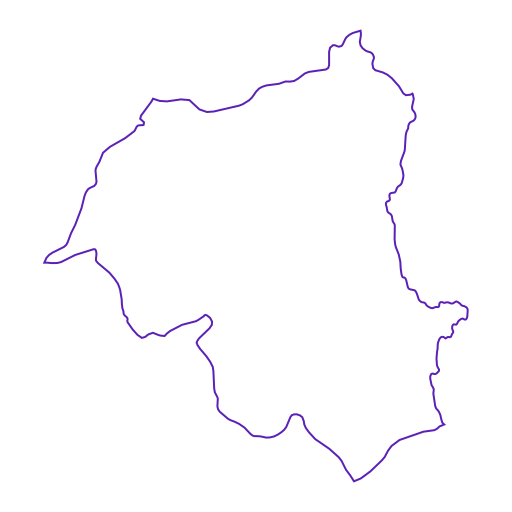 map outline of Ouham-Pendé (Mercator projection)
{"feature_id": "CAF-805", "entity_name": "Ouham-Pendé", "entity_type": "Prefecture", "adm_level": 1, "iso_a3": "CAF", "parent_name": "Central African Republic", "parent_adm1": "", "projection": "mercator", "projection_center": [16.39, 6.719], "detail": "fine", "context": "isolated", "style": "outline", "palette": "violet", "viewbox_px": 512, "rotation_deg": 0, "n_neighbors": 0, "source": "natural_earth", "source_scale": "10m", "svg_char_len": 5408}
<svg xmlns="http://www.w3.org/2000/svg" viewBox="0 0 512 512"><path d="M360.5,30.7L360.8,32.4L360.9,34.1L360.8,35.9L359.8,41.9L360.6,45.5L362.7,48.4L365.9,50.8L367.9,51.6L369.8,52.1L371.5,52.9L373.0,54.6L374.0,57.3L373.6,59.4L372.8,61.3L372.4,63.8L373.2,68.1L375.3,70.2L382.8,72.4L387.4,74.7L391.8,78.2L399.0,86.3L403.3,93.4L405.9,95.2L410.4,94.7L411.9,93.9L412.3,93.6L412.8,94.2L413.7,98.7L413.6,99.8L412.1,106.5L412.1,108.3L412.4,109.6L414.6,112.5L415.4,114.7L415.6,116.2L415.5,117.6L415.1,118.6L414.6,119.5L414.0,120.2L413.3,120.8L410.6,122.1L409.7,122.8L409.0,124.0L408.3,125.9L408.2,128.1L407.6,129.6L406.6,131.5L406.1,133.3L405.7,135.7L404.8,149.8L404.4,151.7L401.1,160.5L400.6,163.0L400.5,164.8L402.1,168.5L402.7,170.9L403.4,175.1L403.3,177.0L402.9,179.0L401.7,183.1L401.0,184.2L400.4,184.9L398.0,186.6L397.4,187.4L396.8,188.4L395.8,191.0L395.3,191.9L394.6,192.5L393.6,192.7L392.5,192.8L391.2,193.0L390.0,193.7L389.5,194.7L389.4,196.1L389.9,199.4L389.5,200.4L388.7,201.0L387.9,201.2L387.3,201.4L386.8,201.8L386.0,203.0L385.9,204.0L386.1,205.3L386.6,206.8L387.1,209.6L387.4,211.1L388.0,212.3L388.8,212.9L389.6,213.4L390.4,213.9L391.2,214.9L391.9,216.2L392.6,220.8L393.1,222.0L394.2,223.6L394.6,224.5L394.8,225.6L394.6,239.4L395.2,244.6L395.9,247.3L398.7,254.3L400.3,261.6L400.7,268.5L401.5,274.3L402.3,276.8L403.3,277.5L404.3,277.5L405.4,278.4L406.2,280.1L407.6,286.2L408.1,287.7L408.7,288.5L409.4,289.1L410.4,289.4L413.9,290.1L414.9,290.5L415.5,291.2L416.1,292.0L417.0,294.1L418.7,299.3L419.0,299.8L419.5,300.5L420.1,301.1L420.9,301.7L421.7,302.2L423.8,302.5L424.7,302.9L425.4,303.5L426.4,305.1L427.1,305.8L427.8,306.4L428.7,306.9L430.5,307.8L431.5,308.1L432.4,308.2L433.3,307.9L435.1,307.2L436.1,307.0L438.1,307.1L438.7,306.7L439.1,306.1L439.3,304.1L439.6,303.1L440.2,302.4L441.0,302.1L442.0,302.1L442.9,302.4L443.8,302.8L444.8,302.8L446.7,302.3L447.7,302.3L448.3,302.4L449.1,302.7L449.9,303.1L450.8,303.4L451.9,303.5L452.9,303.4L453.7,302.9L455.3,301.9L456.2,301.5L457.1,301.7L457.9,302.1L458.7,302.7L459.5,303.2L460.2,303.8L461.4,305.2L462.2,305.6L462.9,305.9L464.4,306.2L465.5,306.8L466.6,307.5L467.5,308.9L467.7,310.3L467.3,316.5L467.0,317.6L466.6,318.5L466.0,319.3L465.3,319.6L464.4,319.5L463.7,319.0L462.9,318.6L462.0,318.7L461.1,319.0L459.5,320.1L458.2,321.4L456.8,324.1L456.2,324.6L455.4,324.6L454.6,324.4L453.6,324.4L452.8,325.0L452.3,326.1L452.1,328.1L452.4,329.5L453.2,331.2L453.2,332.3L452.7,333.2L452.0,334.1L451.1,336.5L450.4,337.1L449.6,337.2L448.8,337.0L448.2,337.0L447.5,337.1L446.2,338.1L445.6,338.4L445.0,338.0L444.3,337.5L443.5,337.0L442.5,336.8L441.6,337.0L440.7,337.4L440.1,338.1L439.5,338.9L438.7,340.7L438.0,342.8L437.7,345.0L437.6,348.6L437.1,351.4L436.5,358.4L436.9,364.7L437.3,366.3L437.8,367.4L439.0,369.5L439.0,370.5L438.7,371.3L436.7,373.3L435.9,373.8L435.0,374.1L434.0,374.0L433.1,373.6L432.2,373.6L431.2,374.1L430.3,376.1L430.2,377.5L430.3,379.1L431.6,385.2L432.9,387.3L433.7,389.0L433.7,390.6L433.4,392.7L433.4,394.0L435.1,405.3L435.6,407.3L436.3,408.6L436.9,409.4L437.6,410.0L438.7,411.5L439.2,412.4L439.8,413.7L440.5,415.6L441.3,419.4L442.4,422.8L444.2,424.5L439.4,426.5L437.6,428.3L435.9,429.4L434.2,430.2L423.4,431.7L399.5,440.0L391.5,446.0L388.1,450.6L384.7,457.0L381.8,460.4L370.6,471.2L360.9,478.4L354.0,481.3L350.1,475.2L346.1,469.9L341.5,460.8L338.7,457.2L329.3,448.8L315.2,439.1L309.0,432.3L305.9,428.1L304.3,424.5L303.8,421.2L302.3,417.2L299.8,415.3L296.7,414.3L293.9,414.4L291.8,415.2L290.4,417.1L286.3,426.9L284.3,429.7L281.4,432.2L278.0,434.5L274.2,436.4L270.1,437.4L266.2,437.6L261.7,436.6L258.6,436.2L254.1,436.1L252.7,435.6L250.6,434.1L244.5,427.6L239.1,423.9L234.6,421.7L230.3,420.1L227.9,418.7L219.7,411.7L218.1,409.3L217.4,406.5L217.8,398.6L217.3,397.0L214.9,392.4L214.2,388.7L213.4,371.3L212.8,367.0L210.2,361.8L206.5,356.4L200.1,348.9L197.5,345.1L196.6,342.5L197.5,340.6L199.1,338.3L209.5,328.3L211.8,324.9L212.1,321.7L210.1,317.9L207.0,315.4L205.4,314.9L204.4,315.3L203.9,316.1L203.1,316.7L202.0,317.4L198.2,320.0L196.0,321.2L182.1,324.8L170.1,331.0L166.9,333.5L164.6,336.0L160.7,335.6L158.7,335.1L152.9,332.8L148.4,334.4L145.2,336.9L141.9,337.9L137.5,334.9L132.6,329.4L127.5,322.1L127.3,320.9L127.5,319.6L127.5,318.4L126.8,317.3L124.8,315.5L123.9,314.4L123.6,313.4L123.4,311.2L122.4,308.2L122.2,306.6L121.9,304.4L121.7,299.5L120.2,290.3L119.3,287.3L117.9,283.7L114.5,278.7L109.3,272.6L98.1,263.2L96.2,261.0L95.9,259.6L96.4,254.8L96.4,252.6L95.8,250.3L95.0,249.3L93.6,249.2L75.1,255.0L61.2,262.0L59.4,262.5L57.3,263.0L51.8,263.1L47.5,262.7L44.3,262.7L46.4,258.0L49.0,255.0L52.2,252.8L63.8,247.0L66.2,245.0L67.7,242.2L71.0,233.3L75.1,225.1L81.5,208.2L84.5,196.1L85.9,192.4L88.1,189.2L89.8,188.0L94.3,185.9L95.9,183.9L96.5,181.9L95.5,170.5L95.8,168.7L96.7,166.5L99.3,162.0L103.0,152.8L107.4,149.0L110.3,146.6L125.2,138.1L134.4,131.1L135.1,129.9L136.7,126.7L137.9,125.6L139.1,125.3L142.8,125.1L143.6,124.9L144.0,122.3L140.2,118.8L141.0,115.7L151.5,101.5L153.0,98.7L159.7,100.9L166.8,101.4L180.9,99.4L189.4,100.1L199.4,109.4L206.9,112.0L213.8,111.5L239.3,105.6L242.8,104.2L249.1,100.3L252.0,97.5L256.2,91.5L259.0,88.6L262.2,86.8L266.5,85.4L278.9,83.8L285.5,81.5L289.9,81.6L294.1,81.0L298.0,78.7L304.8,73.5L308.8,71.9L325.9,69.5L328.3,67.9L329.1,65.1L329.1,51.8L330.1,47.7L333.0,45.2L335.1,45.3L336.9,46.1L338.9,46.7L341.5,46.0L342.7,44.5L345.1,39.4L346.3,37.4L349.4,34.8L352.8,33.0L360.5,30.7Z" fill="none" stroke="#5b21b6" stroke-width="2"/></svg>